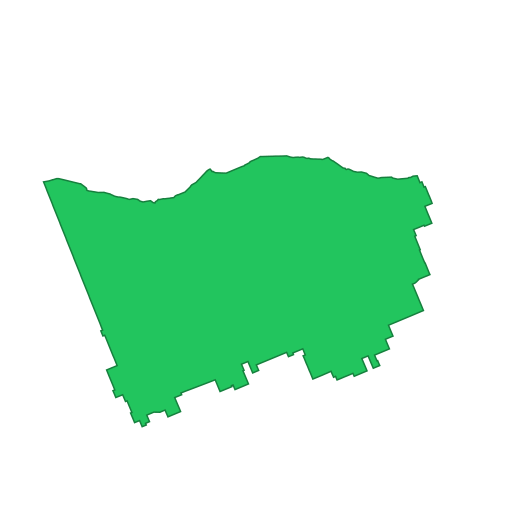 outline of Meekatharra, Western Australia, Australia, rotated 248°
{"feature_id": "25037944B5193502600366", "entity_name": "Meekatharra", "entity_type": "district", "adm_level": 2, "iso_a3": "AUS", "parent_name": "Australia", "parent_adm1": "Western Australia", "projection": "albers", "projection_center": [119.195, -25.303], "detail": "fine", "context": "isolated", "style": "filled", "palette": "green", "viewbox_px": 512, "rotation_deg": 248, "n_neighbors": 0, "source": "geoboundaries", "source_scale": "gbopen_adm2", "svg_char_len": 5853}
<svg xmlns="http://www.w3.org/2000/svg" viewBox="0 0 512 512"><g transform="rotate(248 256 256)"><path d="M139.9,118.9L140.0,127.8L143.3,127.8L147.3,127.7L153.8,127.6L155.2,127.6L155.2,135.1L157.1,135.1L157.1,137.1L157.1,139.9L157.0,144.0L156.6,164.8L156.5,171.8L143.8,171.9L143.9,184.7L145.0,184.7L145.0,186.4L140.0,186.5L140.1,195.4L140.2,201.1L154.5,200.9L154.5,202.1L161.1,202.0L161.2,209.0L148.8,209.1L148.9,215.6L154.9,215.5L155.2,248.3L150.5,248.4L150.5,253.8L150.9,253.8L152.3,253.8L152.4,264.6L145.8,264.6L145.8,262.3L143.3,262.4L141.7,262.4L139.7,262.4L137.2,262.4L135.2,262.5L132.8,262.5L131.1,262.5L129.5,262.5L127.5,262.6L124.2,262.6L122.2,262.6L120.6,262.6L120.7,273.2L120.8,275.8L120.8,277.3L121.0,282.4L119.4,282.4L117.8,282.4L116.1,282.5L114.5,282.5L114.6,284.7L112.6,284.7L110.7,284.7L110.7,287.4L110.7,288.0L110.8,292.9L110.8,293.0L110.8,294.2L110.8,294.5L110.8,296.1L110.8,296.3L110.9,301.9L107.7,302.0L107.9,315.9L108.9,315.9L109.2,315.9L109.6,315.9L121.3,315.7L121.4,322.5L113.7,322.6L108.0,322.7L108.1,329.7L110.9,329.6L113.4,329.6L113.4,328.9L117.3,328.8L119.7,328.8L119.9,344.9L126.3,344.8L130.3,344.8L130.4,348.7L130.4,353.0L135.8,352.9L136.6,352.9L142.2,352.9L142.4,368.9L142.5,377.2L142.6,383.1L142.7,388.8L142.7,390.8L147.8,390.8L154.2,390.7L158.2,390.7L165.4,390.6L167.0,390.6L171.3,390.5L171.3,391.7L171.3,392.5L171.3,392.9L171.4,393.4L171.7,394.4L172.0,395.3L172.3,395.9L172.8,397.1L173.1,397.9L173.5,397.9L173.6,410.3L174.0,410.3L175.2,410.2L175.6,410.2L183.2,410.2L185.6,410.2L186.5,410.1L186.5,409.9L191.0,409.8L191.9,409.8L193.4,409.8L200.3,409.8L200.3,410.6L214.9,410.6L214.9,412.1L221.5,412.0L221.5,418.1L221.6,423.3L220.5,423.4L220.5,431.3L224.6,431.3L231.1,431.2L235.1,431.2L238.8,431.2L238.8,439.0L241.1,439.1L242.4,439.1L244.2,439.1L246.4,439.1L248.2,439.0L248.6,439.0L248.9,439.0L256.3,439.0L256.9,439.0L256.9,437.6L262.6,437.6L262.6,435.5L270.0,435.5L271.2,431.5L270.9,428.9L271.5,427.0L271.2,425.9L271.9,423.6L273.0,420.0L274.1,416.2L275.5,414.2L277.1,411.9L278.3,411.3L279.1,409.1L280.0,406.6L280.8,404.4L281.9,401.3L282.0,400.0L282.5,398.1L283.6,396.8L284.6,395.5L285.0,395.0L286.5,393.2L287.7,391.7L288.3,390.9L290.0,390.1L291.3,389.4L293.0,387.1L294.4,385.2L294.9,383.7L295.7,381.4L296.8,379.8L297.9,378.1L299.9,376.4L301.8,374.6L302.3,373.4L302.4,372.0L303.4,371.5L303.9,371.5L304.9,369.8L306.8,368.5L310.2,366.4L312.2,365.1L313.5,364.2L315.0,363.3L316.0,362.2L317.1,361.5L317.6,361.2L318.2,360.7L319.5,360.4L320.5,359.6L320.5,354.3L320.8,353.3L321.3,352.7L321.8,351.6L322.4,350.1L323.6,347.6L324.5,345.4L325.7,342.9L326.6,342.0L327.0,341.4L327.3,340.1L327.9,339.0L328.9,338.1L329.4,337.7L329.7,337.1L330.2,336.6L330.4,336.0L331.2,333.1L331.8,332.3L332.9,329.2L333.0,328.6L333.4,327.3L334.8,325.0L335.8,323.8L337.3,322.0L339.0,317.3L340.0,314.7L341.2,311.7L342.3,308.6L343.3,306.0L344.4,303.0L345.4,300.3L346.6,297.2L346.3,295.9L346.0,294.6L345.7,288.6L345.8,288.3L345.7,287.0L345.7,286.0L345.5,285.6L345.0,285.1L344.6,281.7L344.6,280.8L344.5,280.4L344.5,279.6L344.0,278.7L344.2,276.5L344.1,267.9L344.0,260.6L344.0,259.3L344.9,257.4L345.1,256.8L345.2,256.6L345.3,256.4L346.6,253.5L347.6,251.3L348.4,249.6L349.8,248.3L350.5,247.8L350.6,247.1L350.9,246.7L351.7,246.8L352.2,246.6L352.9,246.2L353.4,246.2L353.8,246.0L353.8,245.1L353.5,243.3L353.4,243.0L353.1,242.6L353.2,242.0L352.8,241.4L351.6,238.9L350.6,236.6L349.9,235.2L348.4,231.9L347.6,230.0L346.7,228.2L346.4,226.2L346.0,223.0L345.7,222.5L345.7,222.4L345.5,222.0L345.4,221.8L344.6,220.7L343.7,218.5L342.3,215.1L341.9,214.3L341.9,206.7L342.1,206.3L342.0,204.1L341.7,203.1L340.9,201.7L341.8,198.4L341.8,197.9L342.6,195.2L343.2,192.8L343.8,191.6L344.5,187.7L345.0,186.9L345.1,186.5L344.3,185.2L344.2,184.1L343.9,183.0L343.0,182.2L344.0,180.6L345.2,179.9L346.8,178.9L346.9,178.4L347.7,175.1L348.3,171.9L348.4,171.6L348.6,171.1L349.0,170.8L349.7,169.8L350.5,169.0L350.7,168.7L352.0,168.1L352.4,167.6L352.8,167.5L354.1,165.4L355.3,163.4L355.9,159.8L356.2,159.3L356.7,158.7L357.7,157.6L359.6,154.9L360.5,153.6L361.6,151.9L362.2,150.5L362.7,149.7L364.4,147.3L366.3,145.6L367.0,144.8L368.1,144.0L369.7,141.8L371.6,139.3L371.9,139.0L373.0,136.1L374.1,133.3L375.6,130.9L376.8,128.9L377.8,127.3L378.9,125.3L380.2,123.9L380.6,123.7L381.6,124.1L382.6,124.1L383.0,123.8L384.4,123.1L386.0,122.1L388.7,120.5L388.9,119.9L389.3,119.3L390.6,117.5L392.6,114.7L393.9,112.9L396.0,110.0L399.3,105.4L401.6,102.1L402.4,100.3L402.8,96.0L403.0,95.7L402.9,95.4L403.1,92.8L403.1,92.5L403.7,89.5L404.3,86.8L401.4,86.8L398.9,86.8L397.3,86.8L394.9,86.7L392.4,86.7L389.9,86.7L388.7,86.7L386.3,86.7L383.8,86.7L380.9,86.7L378.5,86.6L377.3,86.6L374.8,86.6L372.4,86.6L369.1,86.6L367.4,86.6L365.8,86.6L363.4,86.6L360.9,86.6L358.4,86.5L356.0,86.5L353.5,86.5L350.7,86.5L348.2,86.5L345.8,86.5L343.3,86.5L342.1,86.4L339.6,86.4L337.2,86.4L334.7,86.4L332.3,86.4L329.8,86.4L327.4,86.4L324.5,86.4L322.0,86.3L319.6,86.3L316.3,86.3L313.9,86.3L311.4,86.3L308.1,86.3L304.9,86.3L303.6,86.2L300.8,86.2L299.1,86.2L297.1,86.2L295.5,86.2L293.4,86.2L290.1,86.2L288.1,86.2L285.7,86.2L283.6,86.2L281.6,86.2L279.6,86.1L277.5,86.1L275.5,86.1L273.5,86.1L271.4,86.1L269.0,86.1L265.4,86.1L261.3,86.1L258.0,86.1L254.8,86.1L251.6,86.1L248.3,86.0L246.7,86.0L244.7,86.0L244.7,84.1L241.7,84.1L239.2,84.1L239.2,86.0L237.2,86.1L235.2,86.1L233.2,86.1L231.1,86.1L229.1,86.1L227.1,86.1L225.1,86.1L223.0,86.1L221.0,86.1L219.0,86.1L217.0,86.1L214.9,86.2L212.9,86.2L210.5,86.2L208.4,86.2L206.4,86.2L206.3,74.8L199.8,74.8L190.0,74.9L184.7,74.9L184.7,72.9L181.6,73.0L177.3,73.0L177.3,80.4L170.0,80.5L170.0,82.2L168.0,82.2L157.4,82.3L157.4,80.9L150.8,81.0L147.0,81.0L147.0,86.4L140.4,86.5L140.4,90.9L142.2,90.9L142.3,95.2L149.4,95.1L149.5,102.8L147.6,107.3L147.1,108.4L147.2,110.7L147.2,111.3L147.2,112.2L147.2,114.0L144.3,114.0L141.1,114.1L139.8,114.1L139.9,118.9Z" fill="#22c55e" stroke="#15803d" stroke-width="1.5"/></g></svg>